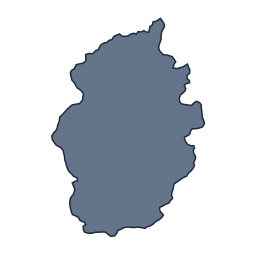 the district of Carmo da Mata, Minas Gerais, Brazil, rotated 265°
{"feature_id": "56859067B40165996616507", "entity_name": "Carmo da Mata", "entity_type": "district", "adm_level": 2, "iso_a3": "BRA", "parent_name": "Brazil", "parent_adm1": "Minas Gerais", "projection": "albers", "projection_center": [-44.883, -20.561], "detail": "fine", "context": "isolated", "style": "filled", "palette": "slate", "viewbox_px": 256, "rotation_deg": 265, "n_neighbors": 0, "source": "geoboundaries", "source_scale": "gbopen_adm2", "svg_char_len": 2785}
<svg xmlns="http://www.w3.org/2000/svg" viewBox="0 0 256 256"><g transform="rotate(265 128 128)"><path d="M214.7,111.0L213.2,108.3L210.9,106.5L208.6,105.4L208.0,102.8L206.6,100.9L205.0,99.2L205.7,95.9L204.9,92.3L201.6,92.1L198.4,91.7L196.4,88.7L196.2,85.8L195.6,81.9L191.8,79.7L190.2,76.7L187.6,75.3L185.2,75.6L180.8,76.2L177.4,78.7L174.3,79.9L172.2,81.1L170.6,83.2L168.6,85.2L165.5,86.6L162.7,85.5L160.4,85.6L158.7,84.0L156.4,81.8L156.3,78.2L155.9,74.5L154.3,72.0L152.3,69.5L150.0,67.0L147.2,63.9L144.8,61.0L142.3,60.4L140.0,59.9L137.8,58.5L134.9,57.7L132.2,56.5L129.9,53.7L126.7,51.4L123.1,51.6L120.1,53.2L117.7,54.5L116.2,56.3L114.4,59.1L111.9,61.2L108.8,61.7L106.0,62.2L101.8,62.2L99.5,62.8L97.2,63.2L93.8,63.9L91.5,64.6L89.3,65.8L87.3,67.7L84.7,69.5L82.7,73.0L80.0,73.2L79.4,70.3L78.1,67.7L74.9,68.7L71.5,69.7L68.0,68.4L65.9,67.2L64.4,65.4L62.3,64.3L59.3,63.5L56.0,63.4L53.7,63.6L51.4,63.9L49.0,64.3L46.6,65.2L44.9,68.3L43.3,70.7L40.4,71.9L38.9,73.9L37.9,76.6L35.6,77.5L34.0,74.8L30.4,74.7L28.0,75.7L26.6,79.3L26.3,83.0L27.0,86.2L26.8,89.1L26.7,93.1L26.3,96.4L24.0,98.7L21.6,101.3L21.7,105.3L24.3,107.8L27.0,109.0L27.4,111.5L28.6,113.8L29.3,116.6L29.4,119.4L28.7,122.6L28.3,125.8L28.4,129.5L27.5,132.9L26.6,136.4L28.0,138.3L28.3,140.9L29.8,144.3L32.3,147.3L33.6,150.5L35.6,153.5L38.2,155.7L40.8,153.8L43.3,152.3L46.3,152.7L47.1,155.4L48.7,158.9L49.7,162.2L52.0,164.0L54.1,166.3L57.4,165.5L60.6,166.3L62.7,167.4L65.5,168.1L68.3,169.1L70.1,172.4L72.2,176.0L73.8,178.8L75.0,182.3L78.2,184.6L79.5,186.8L81.5,188.7L84.7,191.0L87.4,190.3L89.7,191.5L91.9,192.7L94.8,192.5L96.8,191.2L100.2,191.2L102.3,192.6L104.6,192.0L105.0,188.6L106.7,185.8L109.3,184.4L111.7,183.4L114.2,183.6L115.1,186.8L116.7,189.1L119.3,189.9L121.6,191.9L121.4,195.7L121.8,199.4L122.7,202.5L125.9,204.6L129.1,204.1L131.7,203.1L135.4,202.9L139.0,203.0L142.0,202.6L144.2,203.1L146.8,201.8L148.7,198.6L147.3,196.0L145.0,193.3L145.7,189.5L146.5,186.6L147.4,183.2L149.7,181.8L153.3,181.6L156.3,183.2L158.3,186.1L160.1,188.1L162.4,189.0L165.6,187.7L167.2,190.3L167.7,193.3L170.0,193.2L172.4,191.1L175.2,191.5L177.3,194.2L180.9,194.6L183.7,193.5L186.5,192.7L185.4,190.5L184.2,188.4L183.7,185.6L182.9,182.6L183.7,178.3L187.3,179.2L189.8,181.3L192.2,180.1L195.2,178.3L196.3,175.8L197.3,173.4L197.8,169.7L200.8,167.2L202.9,165.8L206.2,165.6L208.8,166.5L210.9,167.6L213.5,168.7L217.0,169.0L220.4,169.8L222.4,170.8L224.4,172.3L226.6,173.3L229.5,172.7L232.4,171.1L234.4,169.7L233.1,167.5L231.9,165.2L231.6,162.3L228.6,161.2L227.2,158.7L224.9,158.0L221.8,157.2L222.0,154.4L223.6,152.3L222.5,149.6L223.0,146.3L220.9,144.7L221.8,142.3L221.4,139.1L219.8,136.1L219.5,133.2L219.9,130.4L222.4,127.7L221.5,124.6L220.2,121.6L217.5,119.8L217.0,116.9L215.2,114.7L214.7,111.0Z" fill="#64748b" stroke="#1e293b" stroke-width="1.5"/></g></svg>